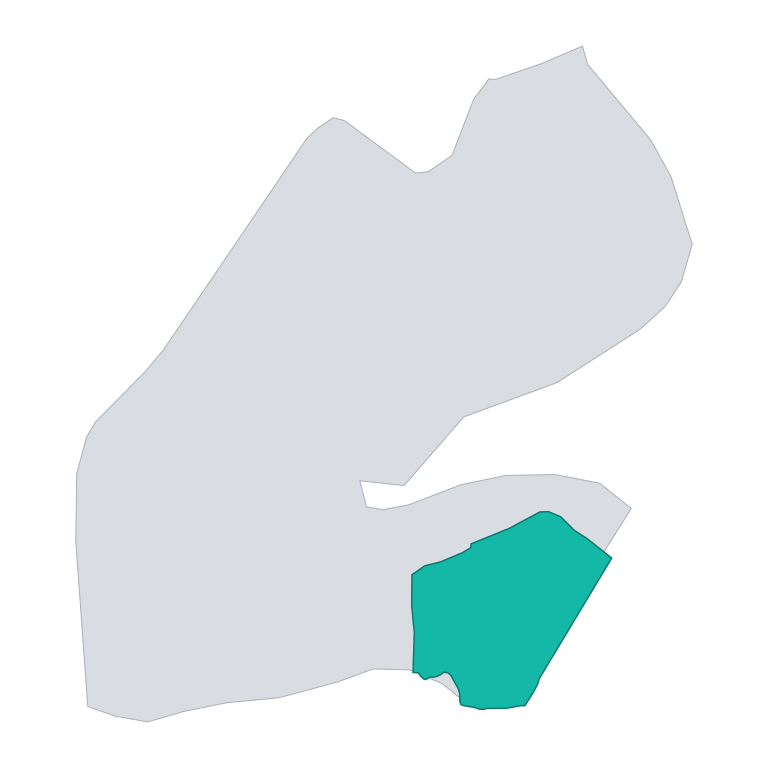 Ali Sabeh, Ali Sabieh, Djibouti shown in context
{"feature_id": "41766387B65421474667097", "entity_name": "Ali Sabeh", "entity_type": "district", "adm_level": 2, "iso_a3": "DJI", "parent_name": "Djibouti", "parent_adm1": "Ali Sabieh", "projection": "orthographic", "projection_center": [42.832, 11.234], "detail": "fine", "context": "in_parent", "style": "filled", "palette": "teal", "viewbox_px": 768, "rotation_deg": 0, "n_neighbors": 0, "source": "geoboundaries", "source_scale": "gbopen_adm2", "svg_char_len": 1406}
<svg xmlns="http://www.w3.org/2000/svg" viewBox="0 0 768 768"><path d="M631.3,508.5L598.9,559.8L557.4,625.4L510.2,700.1L480.7,700.6L457.7,696.3L442.0,683.6L409.6,669.9L373.1,668.9L338.3,681.7L279.3,697.7L226.0,702.8L183.2,711.6L147.6,721.9L115.6,716.2L87.8,706.6L82.0,627.3L75.8,541.1L76.7,473.7L86.7,436.7L95.3,422.2L145.7,371.1L163.1,350.3L220.7,265.6L269.9,193.0L306.7,138.6L317.9,128.0L333.4,117.7L344.4,120.6L415.6,173.1L428.2,171.7L452.0,155.4L473.6,99.4L488.8,78.9L495.3,79.5L540.9,63.8L582.4,46.1L587.7,64.5L650.5,139.6L671.0,176.6L692.2,244.3L681.2,282.1L665.0,306.7L640.8,328.7L557.0,382.6L463.8,416.9L404.2,485.5L359.8,480.8L366.5,506.8L383.0,509.7L408.9,504.8L460.3,484.9L505.9,475.4L555.1,474.6L599.7,483.2L631.3,508.5Z" fill="#d9dde1" stroke="#a8b0b8" stroke-width="1"/><path d="M471.0,543.9L471.0,547.5L462.2,552.8L440.2,562.0L425.0,565.7L412.0,574.7L411.7,606.1L414.3,632.5L413.0,672.5L418.4,672.7L420.3,675.9L424.1,679.3L425.8,679.5L430.8,676.8L433.2,677.3L437.0,676.4L440.1,675.0L443.9,672.2L448.1,672.8L450.8,675.3L450.9,675.5L458.3,688.8L459.6,693.5L459.9,701.7L460.9,704.5L462.6,705.4L475.0,707.6L477.3,708.4L479.5,709.2L484.0,709.4L485.8,708.5L489.5,708.4L505.7,708.4L521.3,705.6L524.8,705.8L533.9,691.4L537.9,683.5L539.2,678.8L611.7,558.1L587.1,538.6L574.5,530.5L560.8,516.9L548.4,511.6L539.8,512.0L509.1,528.4L471.0,543.9Z" fill="#14b8a6" stroke="#0f766e" stroke-width="1.5"/></svg>